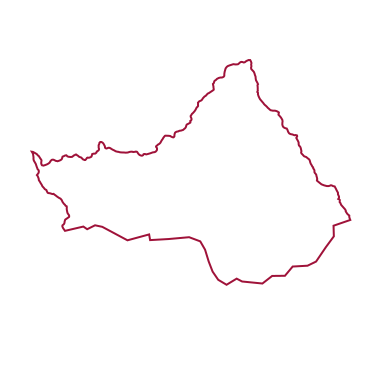 outline of Meghri, Syunik, Armenia, rotated 162°
{"feature_id": "60910142B6096064570676", "entity_name": "Meghri", "entity_type": "district", "adm_level": 2, "iso_a3": "ARM", "parent_name": "Armenia", "parent_adm1": "Syunik", "projection": "mercator", "projection_center": [46.294, 38.98], "detail": "fine", "context": "isolated", "style": "outline", "palette": "rose", "viewbox_px": 384, "rotation_deg": 162, "n_neighbors": 0, "source": "geoboundaries", "source_scale": "gbopen_adm2", "svg_char_len": 5999}
<svg xmlns="http://www.w3.org/2000/svg" viewBox="0 0 384 384"><g transform="rotate(162 192 192)"><path d="M324.8,194.3L306.0,192.7L303.2,189.0L294.5,190.3L288.1,186.6L268.3,166.0L245.9,164.9L246.7,159.2L228.8,154.5L208.7,149.9L199.4,142.5L197.4,133.1L197.6,120.8L197.0,109.9L194.2,100.4L187.8,93.1L176.3,95.8L172.0,91.4L153.3,83.2L141.7,87.4L129.5,83.6L119.3,90.0L104.9,86.2L95.5,87.5L81.7,98.2L70.8,106.0L67.8,116.2L50.1,116.5L50.2,117.9L50.2,118.7L50.1,119.9L49.7,121.0L50.8,122.7L51.2,123.7L51.5,124.9L51.8,126.1L51.5,126.8L51.7,127.9L52.1,129.0L52.4,129.6L52.9,130.8L53.3,131.7L54.2,133.9L54.2,135.4L54.7,136.7L53.9,138.7L54.3,139.7L55.0,140.2L53.9,141.2L53.6,142.3L53.9,144.7L53.4,146.2L53.9,148.7L54.1,150.4L54.6,153.2L56.0,154.0L57.0,155.0L57.8,155.5L58.7,155.4L60.1,155.4L61.8,155.9L64.3,157.5L66.5,159.3L68.9,163.0L69.6,164.1L69.6,164.6L68.9,165.6L68.7,167.5L68.7,168.7L68.5,169.9L68.8,171.1L69.3,172.2L69.4,173.1L69.0,174.2L68.9,175.5L69.4,176.9L69.2,178.0L69.7,179.0L69.9,180.5L70.3,182.0L70.4,183.6L70.3,184.8L70.3,186.0L70.6,187.0L71.2,187.8L72.6,190.0L74.2,191.2L74.6,191.9L75.2,193.3L76.0,194.9L76.0,195.9L75.3,197.0L75.0,200.1L75.1,201.5L75.4,202.3L75.9,203.1L75.8,204.5L75.3,206.1L75.4,207.5L76.1,211.2L75.2,212.0L74.7,212.6L74.7,213.4L75.3,213.8L76.0,214.2L76.7,214.2L77.3,214.5L78.1,215.2L79.0,215.9L79.9,216.3L80.7,216.9L81.5,217.8L81.7,218.5L82.0,219.8L82.0,221.6L82.3,223.1L83.2,223.6L84.4,224.6L85.3,226.1L85.3,227.0L85.3,228.1L84.7,229.8L84.0,231.3L83.8,232.7L84.1,234.1L84.4,235.4L85.5,238.0L85.9,238.8L84.8,240.8L85.3,241.4L85.7,242.0L86.6,242.8L87.6,243.5L88.5,243.9L89.9,244.3L91.1,245.0L92.0,245.5L92.6,246.4L93.0,247.2L93.5,248.0L94.0,248.8L94.3,249.7L94.6,250.2L95.1,251.2L95.7,252.1L96.3,253.3L96.7,254.6L97.1,255.5L98.6,259.2L98.8,260.2L99.1,262.5L99.1,264.6L98.7,265.5L98.6,266.1L99.0,267.0L98.5,267.6L98.1,268.0L97.9,269.0L97.6,269.8L97.0,271.9L96.8,273.1L96.5,273.6L95.9,274.1L96.1,275.9L96.3,276.9L96.6,278.5L96.4,280.1L95.9,282.1L96.0,284.0L95.9,285.5L96.1,287.3L97.6,290.5L97.5,291.8L96.6,293.3L96.4,294.8L95.6,296.3L95.6,297.9L95.9,299.5L97.3,300.0L98.8,299.9L100.1,299.7L101.3,299.2L101.9,299.1L102.8,299.2L103.8,300.0L104.9,300.5L105.8,300.5L106.9,300.1L107.9,299.6L108.8,299.3L109.9,299.5L111.0,299.8L111.9,300.2L113.2,300.8L117.3,300.8L119.0,300.7L120.2,300.3L121.8,299.2L123.7,296.4L124.7,294.5L125.4,292.5L126.3,291.8L127.5,291.6L128.4,291.7L129.7,292.1L131.4,292.2L132.4,292.0L133.2,291.9L134.8,291.1L136.1,290.8L136.8,290.1L137.3,289.3L137.9,288.6L138.7,288.3L138.8,287.8L138.9,286.9L139.0,285.7L139.3,284.7L139.4,283.8L139.7,282.6L140.6,282.2L145.2,280.9L146.7,280.7L148.1,279.9L149.3,279.2L150.5,279.0L152.8,277.7L153.9,276.7L155.0,276.2L156.1,276.1L157.1,276.0L158.7,275.1L158.9,274.2L159.4,272.9L159.6,272.0L160.3,271.4L161.5,270.9L162.2,270.1L163.7,268.7L164.8,267.9L166.7,266.8L167.9,266.3L169.0,265.3L169.8,264.7L170.0,263.9L169.9,263.4L169.8,262.1L170.1,261.0L170.6,260.5L171.8,260.0L171.8,259.1L172.2,258.5L174.5,258.0L175.7,257.9L176.7,257.3L177.3,256.3L177.9,255.5L178.8,254.8L179.9,254.4L181.2,253.8L182.4,253.8L183.6,253.8L184.3,254.0L185.0,254.1L186.6,253.9L187.6,254.1L188.8,254.0L189.7,253.7L190.2,253.1L190.7,252.4L191.2,251.4L191.4,250.6L192.0,250.0L192.7,249.7L193.6,250.1L194.7,251.1L195.4,252.0L197.4,252.9L198.4,253.2L199.5,253.7L200.3,253.8L201.2,253.3L202.1,252.7L203.1,251.9L203.8,251.2L204.6,250.7L205.6,249.8L206.5,248.9L207.0,248.5L208.2,247.9L209.7,247.6L210.5,247.2L211.9,246.6L212.1,246.5L212.2,245.9L212.1,245.6L211.8,244.8L211.8,244.4L212.0,243.6L212.3,242.9L212.8,242.4L213.9,241.7L214.6,241.5L215.6,241.5L216.4,241.7L217.3,241.8L219.6,241.7L222.6,241.8L223.9,241.9L224.4,242.2L225.0,242.7L225.8,242.9L226.4,242.9L226.9,242.3L227.7,242.0L228.4,242.0L229.2,242.4L230.3,243.3L230.9,244.2L231.4,245.5L231.7,246.8L232.0,247.3L232.9,247.8L233.9,247.8L234.9,248.1L235.6,248.2L236.6,248.9L238.2,249.3L239.0,249.4L240.9,249.4L242.9,249.9L244.0,250.4L247.3,251.6L248.7,252.3L249.5,252.9L250.6,253.4L252.1,254.4L252.9,255.4L254.0,256.4L255.4,257.9L256.0,258.8L257.0,259.6L257.9,259.9L259.1,259.8L259.9,259.8L260.5,260.2L261.0,261.0L260.8,262.0L260.8,262.9L261.3,265.6L261.9,266.7L262.8,267.6L263.8,267.9L264.9,267.3L265.1,266.7L265.7,266.0L266.4,265.3L266.5,264.7L266.9,263.6L267.1,262.8L267.1,261.7L267.5,260.9L268.4,260.3L270.1,259.9L270.6,259.1L271.9,258.5L272.6,258.5L273.3,258.8L274.2,258.9L275.2,258.9L275.5,258.3L276.1,257.6L276.6,256.8L277.4,256.5L278.9,256.4L280.0,256.6L280.8,257.0L281.3,256.9L282.8,255.8L283.6,255.4L284.3,255.6L284.8,256.1L285.5,256.6L286.1,257.7L286.6,258.9L287.5,259.6L288.5,260.4L289.1,261.5L290.1,262.7L290.5,263.4L291.3,263.6L292.1,263.3L293.0,263.3L295.0,262.5L296.3,262.7L297.3,263.1L298.6,263.7L299.5,264.4L300.1,265.7L301.0,265.9L301.9,265.9L302.7,265.7L303.5,265.7L304.2,265.6L304.8,264.7L305.6,263.6L306.3,263.2L307.5,262.9L309.0,262.8L310.4,262.8L310.9,263.2L311.8,263.6L313.6,265.4L314.4,265.8L315.5,265.9L316.9,265.2L318.4,263.9L319.8,263.4L321.4,263.1L323.0,263.0L325.1,263.0L326.4,263.8L326.6,264.6L326.5,266.1L326.1,267.0L325.4,268.4L325.4,269.3L325.8,270.4L326.6,273.5L327.2,274.3L327.9,276.0L329.3,277.6L330.9,279.3L331.9,279.8L331.4,277.6L332.0,274.0L332.4,272.9L332.7,271.6L332.7,270.7L332.4,269.3L332.2,268.4L331.9,266.9L331.9,265.6L331.9,263.9L331.8,262.8L331.8,261.4L331.2,260.3L331.2,259.2L331.9,257.7L333.1,256.8L334.3,256.0L333.9,255.0L333.8,254.1L333.7,252.2L334.0,250.5L333.5,248.8L333.2,247.2L332.7,245.3L332.5,243.6L331.7,241.9L331.1,240.2L329.9,238.9L329.8,237.4L329.5,235.9L329.0,235.4L327.7,234.8L326.9,234.3L326.0,233.6L325.2,233.1L324.2,233.0L323.7,232.1L322.9,231.1L321.7,229.3L320.3,227.5L319.1,226.3L318.4,224.6L318.2,222.6L317.5,220.4L316.8,219.2L316.5,218.0L315.6,217.1L315.9,215.8L316.4,214.6L316.7,212.8L316.9,210.6L316.6,209.3L316.2,208.2L316.2,207.1L316.6,206.3L318.4,205.7L321.1,204.9L322.2,203.4L322.9,201.9L323.8,201.0L325.5,200.3L325.9,199.6L325.9,198.4L325.7,197.2L325.2,195.6L324.8,194.3Z" fill="none" stroke="#9f1239" stroke-width="2"/></g></svg>